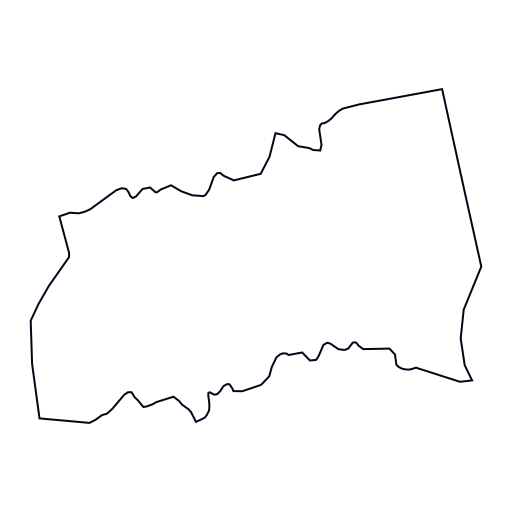 an SVG outline of Tartu
{"feature_id": "EST-1659", "entity_name": "Tartu", "entity_type": "County", "adm_level": 1, "iso_a3": "EST", "parent_name": "Estonia", "parent_adm1": "", "projection": "orthographic", "projection_center": [26.767, 58.415], "detail": "fine", "context": "isolated", "style": "outline", "palette": "ink", "viewbox_px": 512, "rotation_deg": 0, "n_neighbors": 0, "source": "natural_earth", "source_scale": "10m", "svg_char_len": 1742}
<svg xmlns="http://www.w3.org/2000/svg" viewBox="0 0 512 512"><path d="M442.1,89.1L448.4,117.8L463.8,187.9L481.3,266.6L463.7,309.7L460.7,338.5L464.7,365.2L472.1,380.4L460.0,381.8L416.0,367.7L411.2,369.2L408.6,369.6L405.4,369.4L402.1,368.7L398.9,367.1L396.4,364.8L395.0,354.5L389.5,348.6L363.2,349.1L358.6,345.7L356.4,342.8L355.1,342.3L352.8,342.6L348.3,348.5L344.5,350.0L338.5,349.2L330.1,343.5L327.0,342.8L323.4,345.0L318.7,355.9L317.0,358.7L316.0,359.9L310.0,360.5L302.2,352.5L288.6,355.0L286.5,353.6L283.1,353.3L279.9,354.5L276.4,357.4L271.8,367.0L269.2,376.4L261.0,384.9L242.4,391.2L233.4,391.1L232.6,388.9L229.5,384.3L227.0,384.1L223.5,386.1L220.1,391.3L217.2,394.2L214.2,394.7L209.8,392.3L208.4,392.9L208.3,396.1L209.0,400.5L209.4,405.6L209.1,410.5L206.6,415.3L204.6,417.8L196.0,421.9L191.1,412.2L188.3,409.1L182.0,404.6L179.2,401.1L173.5,396.7L156.4,402.1L152.3,404.4L146.8,406.4L143.4,407.0L137.6,400.0L134.7,397.3L131.5,392.2L127.8,392.3L124.1,394.9L112.1,409.1L106.9,413.7L102.0,415.1L95.2,420.0L89.5,422.9L39.5,418.4L32.1,363.9L30.7,320.7L38.4,304.2L48.8,286.0L69.0,257.2L69.1,253.0L59.3,216.4L70.0,212.7L78.8,213.3L84.9,211.7L90.1,209.3L116.3,190.2L121.9,188.2L126.2,189.0L128.5,192.1L130.4,196.2L132.8,198.0L136.0,196.5L142.5,189.0L150.1,187.5L155.4,192.2L156.8,192.4L160.8,189.5L171.0,185.3L181.1,191.2L192.3,195.3L203.2,196.1L204.5,195.6L205.6,194.8L209.1,189.8L213.8,176.9L217.1,173.2L220.1,172.9L223.5,175.7L233.8,180.4L260.7,173.8L269.5,156.8L275.5,133.2L284.2,135.1L298.1,146.2L309.4,148.1L313.1,150.0L320.2,150.5L321.5,144.9L319.2,129.2L320.1,125.3L321.9,123.4L324.3,123.2L327.2,121.7L330.8,119.1L335.5,113.9L339.2,110.7L342.8,108.6L359.2,104.4L442.1,89.1L442.1,89.1Z" fill="none" stroke="#020617" stroke-width="2"/></svg>